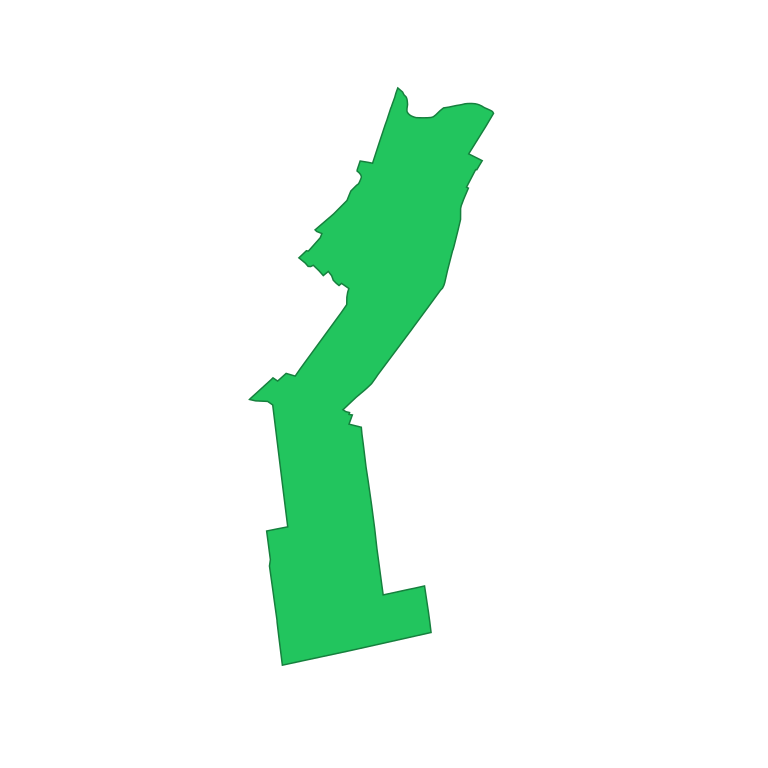 outline of Lita, Teleorman, Romania, rotated 142°
{"feature_id": "2599482B88821279710762", "entity_name": "Lita", "entity_type": "district", "adm_level": 2, "iso_a3": "ROU", "parent_name": "Romania", "parent_adm1": "Teleorman", "projection": "robinson", "projection_center": [24.816, 43.818], "detail": "fine", "context": "isolated", "style": "filled", "palette": "green", "viewbox_px": 768, "rotation_deg": 142, "n_neighbors": 0, "source": "geoboundaries", "source_scale": "gbopen_adm2", "svg_char_len": 2727}
<svg xmlns="http://www.w3.org/2000/svg" viewBox="0 0 768 768"><g transform="rotate(142 384 384)"><path d="M227.0,585.2L230.4,582.9L233.9,580.6L240.5,576.2L253.7,567.3L257.1,565.0L259.7,568.1L265.5,574.4L271.7,570.3L273.2,569.3L274.1,568.4L273.6,566.0L273.5,564.6L273.6,563.0L274.0,561.8L274.3,561.2L274.9,560.6L275.8,560.0L277.2,559.2L279.7,557.9L280.8,557.5L281.4,557.4L283.0,557.5L284.9,557.3L288.9,556.8L291.3,556.5L295.7,554.0L300.2,551.4L319.3,549.0L343.4,547.9L343.1,545.6L340.3,540.8L344.2,538.5L361.1,535.4L361.8,535.3L363.1,536.8L373.4,535.8L371.6,527.8L371.4,523.4L369.5,521.7L366.6,521.1L365.5,513.3L365.1,506.8L358.6,507.0L358.6,501.5L360.1,497.0L359.6,492.7L358.8,489.3L355.5,489.4L352.9,480.9L356.1,478.7L359.8,475.3L364.5,469.5L373.4,466.7L440.9,447.5L449.1,444.9L454.6,452.6L466.0,451.8L467.7,457.2L470.4,456.9L498.5,454.8L499.5,454.6L495.6,449.8L486.4,441.9L484.6,436.0L529.6,361.1L547.8,330.7L557.4,335.6L567.0,340.4L581.7,315.5L586.3,311.1L598.5,290.0L603.7,281.1L613.7,263.8L614.9,262.1L622.3,249.9L633.2,231.7L637.2,225.0L619.0,216.2L573.9,194.3L500.5,159.5L499.9,159.2L494.6,168.0L489.4,176.9L476.4,199.9L485.9,204.4L490.5,206.7L514.5,218.3L509.5,226.9L497.9,246.7L490.9,258.7L480.3,275.9L468.5,295.9L456.2,317.3L449.3,329.6L437.4,349.3L432.1,358.3L428.5,363.9L429.0,364.5L436.3,373.9L428.0,379.1L430.3,381.6L428.7,382.7L431.1,385.7L432.2,389.0L414.0,390.7L402.7,391.1L399.6,391.3L394.6,391.8L393.6,391.9L387.1,393.8L383.1,395.1L332.8,408.8L329.4,409.7L326.0,410.7L301.2,417.6L289.6,420.9L281.8,423.1L278.9,423.5L276.2,424.8L273.7,426.5L264.4,434.1L247.8,446.9L246.8,447.4L244.1,449.4L230.9,459.7L222.4,466.5L215.6,475.1L213.3,477.0L209.8,479.1L207.9,480.3L196.9,486.4L197.8,488.3L179.8,496.5L179.0,495.7L174.1,497.6L169.1,499.5L173.4,508.6L175.6,513.2L150.7,522.3L145.7,524.1L141.6,525.7L131.1,529.8L130.9,530.8L130.8,531.8L130.9,532.1L131.0,532.6L131.7,534.2L133.3,537.3L134.4,539.3L135.1,540.8L135.8,542.8L137.2,545.5L138.3,547.1L139.7,548.8L141.9,550.8L145.5,553.6L147.8,555.0L150.9,556.4L153.2,557.6L155.5,558.9L159.4,560.8L162.3,562.2L164.8,563.6L167.1,564.9L170.0,564.9L172.1,564.8L177.5,564.2L179.1,564.2L180.3,564.2L180.9,564.3L181.7,564.6L182.7,565.0L183.8,565.7L185.9,567.1L189.2,569.6L192.3,572.1L194.8,574.2L196.2,576.2L197.4,578.3L198.1,580.2L198.4,582.2L198.3,583.4L198.2,584.2L198.0,584.7L197.4,585.6L196.1,587.1L194.3,588.8L193.3,589.8L191.8,592.1L190.8,593.8L190.2,595.2L189.9,596.4L189.9,597.3L190.1,598.5L190.2,599.9L189.9,601.0L189.7,602.2L189.6,602.7L189.9,604.1L190.4,606.7L190.9,608.8L193.3,607.3L195.8,605.7L199.0,603.3L205.4,599.3L207.8,597.7L208.7,597.3L211.2,595.6L215.4,592.8L219.2,590.2L223.2,587.7L227.0,585.2Z" fill="#22c55e" stroke="#15803d" stroke-width="1.5"/></g></svg>